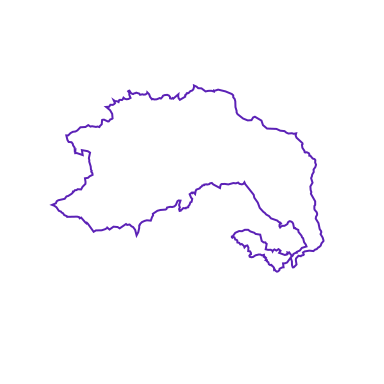 the district of Saliste, Sibiu, Romania, rotated 232°
{"feature_id": "2599482B68453018923397", "entity_name": "Saliste", "entity_type": "district", "adm_level": 2, "iso_a3": "ROU", "parent_name": "Romania", "parent_adm1": "Sibiu", "projection": "natural_earth1", "projection_center": [23.849, 45.799], "detail": "fine", "context": "isolated", "style": "outline", "palette": "violet", "viewbox_px": 384, "rotation_deg": 232, "n_neighbors": 0, "source": "geoboundaries", "source_scale": "gbopen_adm2", "svg_char_len": 6031}
<svg xmlns="http://www.w3.org/2000/svg" viewBox="0 0 384 384"><g transform="rotate(232 192 192)"><path d="M298.0,218.1L297.4,217.5L297.5,215.4L298.5,213.8L299.5,213.1L300.6,210.9L302.0,211.0L304.6,209.2L304.7,208.3L305.3,207.3L305.4,206.0L306.0,205.4L307.8,204.8L310.4,205.1L310.7,204.3L310.7,203.7L308.8,203.7L307.2,202.4L304.0,201.5L304.4,199.2L305.3,197.6L306.7,196.5L308.5,196.1L307.7,194.6L307.6,193.4L309.0,192.0L309.2,191.1L308.1,189.5L309.6,188.9L310.9,187.3L312.6,186.8L309.4,186.0L309.2,184.9L309.4,183.2L311.0,181.4L310.2,179.3L311.9,176.7L306.9,177.8L302.7,177.2L298.9,174.7L298.9,173.7L299.5,172.3L298.9,169.9L299.3,169.2L303.2,167.2L304.0,165.9L304.1,165.5L300.9,162.5L300.7,160.1L300.2,159.0L301.7,157.9L302.4,156.4L305.4,153.7L306.0,152.3L308.6,151.4L308.8,148.1L311.7,143.9L311.1,139.6L311.4,137.5L312.8,135.1L313.2,132.6L312.8,129.3L314.0,127.8L309.7,125.9L307.4,125.6L305.4,127.7L303.4,127.7L301.9,127.0L299.2,126.8L296.8,125.1L296.8,125.9L294.5,123.9L293.6,125.2L288.4,128.6L292.8,131.0L288.3,135.0L285.8,135.9L282.1,131.5L280.3,130.7L279.2,129.7L274.5,127.9L271.9,126.2L270.4,126.0L270.0,125.1L268.2,125.1L266.7,124.2L267.4,121.1L267.2,118.8L268.7,116.1L265.5,114.3L264.0,113.0L263.5,109.0L262.3,106.2L264.6,103.6L264.6,102.2L265.5,100.8L265.1,98.8L265.6,98.4L264.9,97.6L264.7,95.9L265.1,92.0L265.8,90.4L265.0,87.5L267.8,81.6L268.0,79.7L266.9,77.8L268.0,73.8L266.0,75.0L263.4,75.8L259.2,75.5L257.2,76.7L256.2,76.6L254.6,77.3L252.6,77.1L249.9,78.5L249.3,78.3L243.3,86.3L241.8,87.5L240.4,87.3L240.1,88.9L233.6,89.2L232.2,89.5L232.5,90.2L231.2,90.4L221.2,90.0L220.9,92.6L217.4,97.3L216.2,100.6L215.9,102.9L216.1,103.3L213.2,103.9L213.0,108.8L210.2,111.8L207.9,112.6L207.4,120.3L206.0,120.6L204.8,122.8L202.2,123.2L200.6,124.0L197.2,123.9L191.9,121.6L193.4,124.9L196.1,128.2L198.2,129.9L198.1,130.4L198.8,131.5L199.1,134.0L198.4,136.9L197.5,139.0L194.8,141.9L196.8,145.0L197.6,147.0L198.9,147.7L198.5,153.2L197.3,156.0L194.4,160.4L194.3,161.4L195.1,162.8L193.8,165.6L192.3,167.2L191.5,169.2L191.7,171.3L193.7,174.9L193.6,176.2L192.3,177.6L189.7,173.8L187.3,172.9L186.5,171.3L184.7,170.6L184.2,171.7L184.6,172.3L184.4,173.3L184.7,175.2L183.0,177.0L183.3,177.5L182.3,179.6L183.0,180.2L183.4,182.1L184.8,184.3L184.5,185.6L186.5,188.0L188.1,187.8L191.7,188.8L191.6,191.6L190.8,191.7L190.9,192.4L190.5,193.1L188.5,193.2L190.6,195.6L191.2,196.9L190.1,200.3L190.5,201.3L190.4,203.2L190.8,204.1L189.9,205.8L190.3,206.2L189.2,208.1L188.6,208.4L187.6,210.4L187.7,211.6L186.9,213.2L184.9,213.4L177.9,216.5L179.8,218.6L180.1,220.1L178.2,222.8L175.6,225.3L173.6,230.1L171.8,231.9L171.0,234.2L169.2,234.4L167.3,236.0L166.8,237.6L167.4,239.3L165.4,238.8L151.8,238.9L149.2,237.6L143.1,237.3L137.8,235.6L132.4,236.0L130.8,236.5L128.6,236.6L125.5,237.9L122.6,238.0L117.0,241.6L115.0,241.9L113.4,242.8L112.3,242.7L112.6,241.4L112.4,240.9L111.1,239.8L109.8,239.6L110.0,240.9L109.7,242.3L108.4,244.1L108.1,246.5L108.1,247.6L109.0,248.9L109.0,250.8L108.1,251.7L106.4,252.4L104.8,252.2L100.7,250.2L100.0,251.2L99.4,251.0L96.7,252.4L94.9,251.3L90.2,251.4L88.5,250.8L87.2,251.1L83.4,249.4L80.5,249.3L78.6,248.7L80.3,244.2L79.5,240.9L80.3,237.7L79.6,237.2L80.3,236.1L80.7,233.8L79.9,232.3L79.8,231.3L84.6,231.4L84.6,230.7L85.6,230.0L84.3,229.3L84.3,228.4L84.8,228.1L84.6,227.6L85.2,226.4L90.4,223.2L91.2,225.6L93.7,225.0L93.9,222.4L96.0,221.6L96.1,220.2L95.6,219.0L96.2,219.2L98.0,218.5L99.6,216.3L101.5,214.8L105.1,218.9L106.0,218.6L107.1,218.8L108.2,217.4L110.5,216.8L116.4,219.5L119.8,216.3L121.5,216.0L125.0,213.7L127.6,213.0L129.7,210.3L130.3,207.3L132.2,205.1L133.2,201.0L132.1,197.1L132.4,196.0L131.7,195.5L131.1,195.7L131.3,196.8L130.1,197.5L127.9,196.8L126.8,197.7L125.9,197.8L124.3,196.7L122.9,197.9L120.9,197.8L120.4,199.2L119.8,199.3L117.6,199.7L116.0,199.2L116.4,201.4L115.8,202.7L113.4,202.2L110.8,199.9L109.5,201.2L107.6,200.9L106.7,200.2L107.0,199.7L106.5,198.0L105.4,197.6L103.9,198.8L103.2,200.2L103.0,203.1L101.6,206.2L100.6,207.4L99.0,208.1L98.2,210.0L97.3,209.3L95.5,209.6L95.8,209.0L94.5,209.4L94.1,208.9L92.8,209.2L92.4,209.1L92.5,208.3L91.7,208.8L91.1,208.4L89.6,208.9L87.8,208.1L86.5,208.5L85.8,209.6L85.0,209.4L84.7,209.8L82.0,210.0L80.1,208.8L80.0,209.5L78.6,209.3L76.9,209.9L76.5,211.0L76.6,212.7L77.5,213.6L77.5,214.4L77.0,216.7L76.3,217.8L79.7,219.8L78.5,221.5L77.9,223.6L79.6,229.4L75.8,228.0L73.0,225.9L71.0,225.1L70.4,225.1L70.0,225.9L70.5,229.7L74.6,232.0L75.6,233.1L76.2,236.7L74.4,238.2L74.6,239.0L73.7,241.0L73.9,241.6L76.0,242.2L75.8,244.2L73.6,248.3L70.7,251.3L70.8,253.7L70.2,255.0L70.6,257.6L70.3,258.2L70.5,260.4L71.8,262.4L72.4,265.4L73.1,265.9L75.7,266.9L79.7,267.4L80.5,268.9L81.5,269.6L84.2,269.8L89.6,272.5L94.8,273.1L96.1,274.4L97.0,276.5L97.8,277.2L99.2,277.8L102.6,277.7L103.6,278.2L105.6,279.8L106.0,281.1L108.8,283.3L117.4,284.6L118.5,286.0L120.5,286.7L123.5,288.7L125.1,292.7L129.6,294.4L130.5,296.1L131.7,297.4L132.8,300.2L134.9,301.7L135.7,304.5L137.1,306.5L139.4,307.2L141.2,308.8L142.5,308.8L144.1,307.7L147.6,307.6L148.4,306.8L149.5,307.7L150.7,307.9L152.7,306.9L153.4,305.5L154.1,305.3L155.1,305.9L158.9,306.2L161.5,307.7L161.7,308.7L162.6,309.1L170.5,307.8L172.8,308.5L174.1,310.2L175.2,308.0L176.8,306.9L178.7,304.0L180.7,302.9L183.0,302.4L186.0,299.3L189.7,297.4L195.8,290.2L201.0,289.1L205.5,290.7L212.6,287.9L213.1,286.1L212.0,283.1L214.1,280.0L218.4,277.5L225.3,275.8L227.2,276.1L228.5,277.1L232.1,278.5L236.9,282.0L239.1,282.9L241.2,282.8L242.8,284.0L244.7,283.7L250.7,280.3L256.6,275.6L257.8,272.2L258.4,271.8L257.6,271.2L259.7,269.7L261.7,267.1L262.9,264.6L267.8,263.3L270.0,260.8L272.1,260.5L274.7,259.1L273.6,258.4L272.0,256.1L271.9,254.3L272.5,252.9L272.1,250.2L272.4,249.4L273.0,249.1L273.0,248.4L272.4,247.4L272.5,246.2L271.3,245.3L272.1,239.2L274.1,239.2L276.1,240.1L277.4,241.4L277.1,234.7L278.0,234.6L278.1,233.4L279.3,232.4L280.5,233.2L282.2,233.2L283.8,232.3L285.2,230.1L285.7,228.4L285.1,227.1L284.8,225.0L285.9,224.4L286.8,221.2L288.2,219.2L289.6,218.3L289.7,217.5L292.7,217.5L295.4,218.4L298.0,218.1Z" fill="none" stroke="#5b21b6" stroke-width="2"/></g></svg>